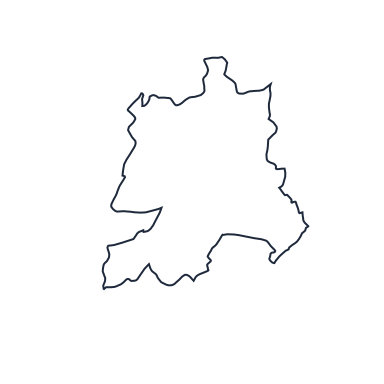 Bac Giang, Bắc Giang, Vietnam, rotated 49°
{"feature_id": "81297802B62924474209473", "entity_name": "Bac Giang", "entity_type": "district", "adm_level": 2, "iso_a3": "VNM", "parent_name": "Vietnam", "parent_adm1": "Bắc Giang", "projection": "equal_earth", "projection_center": [106.2, 21.269], "detail": "fine", "context": "isolated", "style": "outline", "palette": "slate", "viewbox_px": 384, "rotation_deg": 49, "n_neighbors": 0, "source": "geoboundaries", "source_scale": "gbopen_adm2", "svg_char_len": 5649}
<svg xmlns="http://www.w3.org/2000/svg" viewBox="0 0 384 384"><g transform="rotate(49 192 192)"><path d="M299.7,176.5L298.8,173.8L297.9,168.2L297.8,163.5L297.8,159.7L298.2,158.6L298.5,157.6L298.6,157.1L298.6,156.5L298.2,156.2L297.9,155.5L297.6,154.7L297.7,154.0L297.7,153.2L297.8,151.0L298.1,148.8L298.3,147.0L298.3,145.2L297.6,141.9L296.6,138.8L295.7,136.9L295.3,136.0L295.4,134.3L295.4,133.0L295.4,132.0L294.8,131.0L294.4,130.4L293.9,129.7L293.9,129.0L294.2,127.2L294.1,126.7L292.0,126.8L289.1,127.1L286.7,126.7L285.3,125.8L284.5,125.2L282.5,124.0L279.8,122.0L278.6,124.7L277.8,124.8L274.0,122.8L269.9,121.3L268.0,120.4L267.4,120.3L267.0,120.5L266.6,121.1L266.3,121.6L266.0,122.5L265.8,123.2L265.7,123.5L265.2,123.8L264.5,123.4L263.7,122.4L262.7,121.9L259.5,121.9L256.6,122.1L255.9,122.9L255.7,123.5L255.4,123.9L254.2,124.0L250.1,123.7L247.4,123.4L246.0,123.4L246.2,122.1L246.5,121.1L246.4,119.6L246.1,118.5L241.6,111.6L238.5,108.8L235.1,106.8L233.2,109.1L231.7,111.4L230.4,113.0L229.7,113.3L229.3,113.3L228.6,112.6L227.7,111.8L226.8,111.5L225.6,111.5L224.2,111.8L223.4,112.3L222.0,113.1L221.2,113.5L220.2,113.9L219.1,114.3L217.8,114.5L216.3,114.0L215.5,113.5L212.5,111.2L209.8,107.6L207.3,104.8L202.5,100.1L202.0,93.6L202.0,90.0L201.4,88.7L200.5,87.4L199.7,86.3L198.1,85.3L192.8,84.9L187.2,86.3L186.0,83.9L185.3,82.8L182.7,81.2L178.8,78.6L175.9,76.1L173.6,73.1L171.1,69.9L168.9,67.9L166.0,66.2L163.8,64.3L162.2,61.8L161.7,70.7L161.0,72.4L160.4,73.4L160.0,74.2L159.5,75.0L158.7,76.0L156.9,78.3L155.9,79.7L155.1,80.8L154.1,82.1L153.6,83.1L153.1,84.1L152.7,85.5L152.2,86.7L151.7,88.3L151.2,89.0L149.9,90.5L149.0,91.5L147.9,92.2L146.6,92.5L145.0,91.9L141.3,89.7L139.0,88.3L137.4,88.1L134.5,88.4L127.6,90.2L125.4,90.4L124.3,90.4L122.5,87.0L119.6,83.3L118.3,81.8L117.7,80.7L116.0,80.4L113.4,80.2L110.8,80.6L109.7,80.9L107.9,84.2L104.1,88.4L101.6,92.7L100.8,93.9L100.2,95.0L100.2,95.9L100.6,96.3L101.5,96.8L107.8,98.5L110.7,100.0L112.7,103.2L113.0,104.5L113.3,105.3L113.3,107.0L113.5,108.1L113.7,108.7L114.2,109.6L114.8,110.1L118.2,112.2L119.6,113.0L120.7,113.7L121.5,114.5L122.3,115.1L123.4,115.8L124.0,116.5L124.4,117.4L124.7,118.9L124.6,121.8L122.1,127.3L119.9,130.4L119.0,132.0L118.5,134.6L118.3,135.8L118.2,137.6L118.2,141.4L118.0,142.7L117.7,144.2L116.8,146.2L116.1,147.1L114.7,147.5L113.0,147.4L109.6,147.0L107.8,146.9L106.9,147.0L106.0,147.8L102.4,151.2L98.9,155.4L95.9,156.1L95.1,156.5L94.1,157.1L93.5,157.7L92.9,158.6L92.4,160.8L92.3,161.2L92.7,162.0L93.5,162.7L94.2,163.6L94.9,165.2L95.2,166.1L95.5,167.1L95.7,168.0L95.8,169.2L95.8,170.2L95.7,171.4L95.3,172.0L94.5,173.1L92.4,171.1L89.1,168.7L87.9,166.7L87.1,165.3L86.0,164.9L85.1,164.9L84.3,165.5L85.2,167.8L85.5,168.7L86.0,170.4L86.1,172.2L86.1,173.7L86.4,178.7L87.0,183.4L87.1,184.4L87.3,185.3L87.5,186.0L87.8,186.6L88.2,186.7L88.5,186.8L91.6,186.4L96.3,186.0L98.4,186.1L99.7,186.9L100.5,188.9L101.1,191.0L101.4,196.0L101.5,196.9L103.3,199.6L105.8,200.2L111.3,201.3L116.4,201.3L117.1,201.8L117.7,202.1L118.4,202.8L119.1,203.7L119.8,204.9L120.4,206.4L122.9,214.3L124.1,218.4L124.6,220.2L126.6,225.1L130.3,229.6L134.0,233.7L135.0,233.0L136.0,232.5L136.9,232.9L137.3,234.3L137.8,235.6L138.5,238.0L139.9,242.6L142.2,247.2L143.7,249.7L144.8,252.0L146.3,256.2L148.3,260.8L149.8,262.4L151.0,262.7L153.2,262.8L156.1,262.3L157.4,261.5L158.0,261.0L158.5,260.3L159.7,258.7L161.7,256.1L164.3,253.6L166.6,251.3L169.5,248.8L173.7,244.5L177.0,240.3L180.0,234.3L182.9,228.3L183.9,225.4L186.4,229.8L190.0,239.1L191.7,243.3L192.2,245.7L192.5,246.7L192.6,247.3L192.6,250.1L192.4,251.0L192.1,251.7L191.8,252.4L191.3,253.1L190.9,253.9L190.7,254.3L190.3,254.8L190.0,254.8L188.9,253.9L187.4,258.2L187.3,259.7L187.4,260.9L187.7,261.6L189.1,267.0L186.8,272.4L184.3,278.3L180.8,285.8L179.6,287.5L179.0,288.5L178.4,289.2L177.9,290.0L177.7,290.4L177.7,291.0L178.3,292.1L179.3,292.8L182.4,294.1L184.8,295.3L185.7,296.3L186.4,297.0L187.0,297.8L187.4,298.9L188.3,301.4L188.4,302.9L188.4,304.2L188.7,305.8L189.2,306.7L190.1,307.9L190.8,308.8L191.7,309.8L192.4,310.5L193.3,311.4L194.9,312.1L196.1,312.5L198.2,313.3L200.1,314.0L202.2,316.1L204.4,320.4L207.1,322.2L207.5,322.1L207.5,319.3L209.3,317.3L211.2,315.0L213.1,312.2L214.5,307.9L215.0,306.4L215.1,305.2L215.2,303.8L215.2,301.8L215.0,300.2L215.0,298.7L215.3,297.9L215.7,297.3L216.2,296.9L216.8,296.6L217.4,296.6L218.5,296.5L218.8,296.4L219.6,295.8L220.2,295.0L221.0,294.0L221.6,293.0L222.0,291.8L222.0,290.4L221.0,286.8L218.8,278.1L218.3,273.1L218.2,271.8L221.5,273.2L223.3,273.8L225.6,274.1L229.0,273.4L230.2,273.2L231.8,273.3L234.0,274.1L236.8,274.3L239.8,274.4L241.3,273.8L244.9,272.3L246.7,271.2L247.4,270.5L248.9,268.7L249.2,268.0L249.5,267.5L249.5,266.9L249.8,266.1L249.9,265.3L249.9,264.4L249.8,263.6L249.8,262.7L249.8,259.0L249.4,255.0L249.6,253.3L249.7,252.4L249.9,251.7L250.1,251.3L250.7,250.7L251.3,250.2L253.0,249.5L254.9,249.1L257.5,249.1L260.1,249.0L258.6,245.0L258.5,242.9L259.0,240.3L261.6,232.8L261.9,231.6L261.9,231.0L261.4,230.8L260.7,230.6L259.6,229.8L257.8,229.0L256.8,228.2L256.6,227.2L256.6,223.9L256.5,223.3L256.3,222.9L255.9,222.7L255.1,222.5L254.0,222.7L251.1,222.6L250.7,222.1L250.0,220.4L249.4,218.6L248.7,216.1L247.8,214.2L247.6,213.1L247.7,210.0L247.6,208.1L247.1,206.5L246.2,203.0L244.9,199.2L244.3,197.1L244.6,197.0L247.1,193.0L251.7,188.1L255.1,185.1L267.6,175.4L273.2,170.6L277.3,168.0L279.1,167.6L284.5,168.0L289.2,167.7L290.9,167.7L291.1,167.9L291.5,168.5L291.5,168.9L291.4,169.5L291.3,170.0L290.9,170.4L290.4,171.2L290.2,171.5L290.1,172.1L290.1,172.7L290.2,173.3L292.0,175.5L293.0,177.3L293.6,177.7L294.2,177.9L294.3,177.9L296.3,177.9L297.7,177.7L298.8,177.2L299.7,176.5Z" fill="none" stroke="#1e293b" stroke-width="2"/></g></svg>